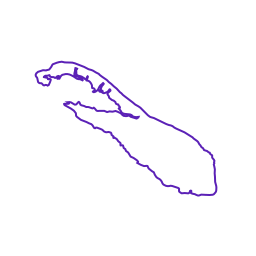 Aniwa, Vanuatu, rotated 293°
{"feature_id": "77236927B97444346691075", "entity_name": "Aniwa", "entity_type": "district", "adm_level": 2, "iso_a3": "VUT", "parent_name": "Vanuatu", "parent_adm1": "", "projection": "mercator", "projection_center": [169.604, -19.244], "detail": "fine", "context": "isolated", "style": "outline", "palette": "violet", "viewbox_px": 256, "rotation_deg": 293, "n_neighbors": 0, "source": "geoboundaries", "source_scale": "gbopen_adm2", "svg_char_len": 4843}
<svg xmlns="http://www.w3.org/2000/svg" viewBox="0 0 256 256"><g transform="rotate(293 128 128)"><path d="M138.8,109.9L137.2,107.7L136.9,107.2L136.1,104.6L134.5,102.5L134.5,99.4L133.0,95.9L131.8,93.3L131.7,92.6L131.8,92.0L132.9,89.9L133.3,88.6L132.3,87.9L132.1,87.2L131.9,83.8L131.7,83.0L131.0,81.4L131.1,78.9L130.7,76.2L130.9,75.1L132.6,73.3L132.8,72.5L132.5,72.2L129.6,71.2L129.2,70.8L128.8,70.0L128.7,69.7L129.3,65.5L129.0,64.0L128.2,62.5L128.1,63.4L127.9,64.0L127.6,64.1L127.2,63.9L126.8,63.3L125.5,60.1L125.2,59.8L124.7,60.1L124.3,60.8L123.6,67.7L122.8,71.4L121.4,74.0L120.8,74.5L119.2,75.3L118.7,75.8L118.2,77.0L117.1,81.5L117.3,87.5L117.1,90.3L117.2,92.8L116.6,94.3L114.9,96.7L114.9,97.7L115.1,98.0L115.9,98.4L116.2,99.3L116.4,103.0L116.3,105.2L115.5,107.1L115.4,108.7L115.6,109.7L116.8,111.8L117.0,114.0L116.6,114.7L115.3,115.5L114.5,118.0L114.1,118.1L113.5,118.2L113.2,118.5L113.3,118.8L113.8,119.6L113.5,121.6L113.3,122.2L112.0,124.2L111.3,126.7L110.9,127.2L109.5,127.6L109.1,128.0L109.9,129.6L109.9,130.3L107.9,131.9L107.5,133.8L106.5,134.7L106.1,135.1L105.5,137.7L102.7,141.6L102.6,144.8L101.8,148.7L101.0,150.4L100.6,150.5L99.5,150.2L99.4,151.0L99.1,154.3L99.2,157.6L100.5,160.1L100.6,160.8L98.8,162.8L97.6,167.0L97.3,169.1L95.5,170.9L94.0,173.1L93.5,174.6L93.3,176.8L93.0,178.0L92.0,179.8L90.4,181.5L89.8,182.7L89.7,183.6L89.6,185.5L90.0,187.3L90.6,188.5L91.5,189.8L91.9,191.4L92.4,197.4L92.3,198.3L91.9,198.8L89.9,199.6L89.3,200.3L88.9,202.4L88.9,203.0L90.3,205.6L91.4,209.0L92.5,209.9L94.3,209.7L94.8,210.1L94.9,210.7L94.0,211.2L92.7,211.7L92.7,212.9L93.2,215.4L93.1,217.2L93.2,218.9L93.7,219.8L95.3,221.5L96.5,224.8L98.2,229.3L99.7,232.1L100.6,232.9L103.0,233.7L103.9,233.8L105.1,233.6L107.8,232.6L109.2,231.8L112.4,229.3L117.1,227.1L120.1,225.5L123.9,224.1L126.0,222.7L128.0,221.2L129.4,221.2L130.0,220.6L131.5,220.4L132.4,219.4L133.4,217.4L133.9,216.9L135.6,216.2L135.8,215.9L135.9,215.1L136.2,213.9L137.2,212.9L137.1,211.8L137.7,209.8L137.4,206.7L138.7,205.0L139.1,203.1L140.4,201.3L140.8,200.2L142.5,198.0L143.0,196.8L144.0,192.4L144.6,191.1L146.1,181.7L146.3,172.6L146.5,170.5L147.1,168.3L147.1,166.4L146.7,164.3L146.6,161.6L147.3,147.9L146.9,144.8L146.9,143.7L147.5,141.3L151.5,131.5L152.0,129.1L152.4,125.5L153.4,122.3L156.0,112.1L156.5,110.3L157.4,108.3L157.8,106.6L159.8,102.2L160.8,98.7L162.1,95.2L162.8,92.4L163.9,89.8L165.1,83.9L165.8,81.2L166.4,79.9L166.6,76.8L167.1,73.5L167.1,71.7L166.7,68.7L167.1,63.8L166.8,53.9L166.4,51.1L163.7,44.2L163.1,41.1L161.7,38.8L160.2,36.9L157.4,34.0L156.8,33.7L154.6,33.5L154.4,33.5L151.6,32.8L150.8,32.4L149.5,30.6L149.0,30.1L148.0,27.2L144.5,23.2L142.4,22.2L141.0,22.2L140.0,22.7L139.4,23.4L138.9,24.5L138.3,25.1L135.3,27.2L134.8,28.2L134.8,29.5L135.3,30.5L135.3,31.3L134.4,33.2L134.4,34.1L135.4,35.2L135.7,36.1L135.8,36.7L135.6,37.4L136.5,38.2L139.5,38.3L142.1,38.1L142.5,37.8L142.6,37.6L142.6,36.5L141.7,35.6L141.7,35.2L142.3,34.8L142.6,34.1L142.0,30.7L142.3,30.6L143.3,31.1L143.9,31.7L144.7,33.5L145.9,34.9L145.8,35.3L145.2,35.8L144.9,36.6L144.9,37.5L145.8,39.7L145.6,41.3L146.0,41.8L148.0,42.7L148.7,43.6L148.8,44.2L148.6,44.4L147.8,44.4L146.0,43.6L145.8,43.8L145.8,44.0L146.3,44.6L146.4,45.4L146.6,45.6L148.7,45.8L150.1,46.1L151.3,46.8L153.2,49.4L154.0,51.3L154.4,53.2L154.4,55.2L154.1,58.2L153.4,61.6L153.6,63.2L154.2,64.9L154.1,67.5L154.5,67.6L154.7,67.3L155.1,66.7L155.6,65.5L155.7,58.6L155.8,57.9L157.4,57.3L159.9,56.9L160.6,56.6L162.6,56.2L162.7,56.5L162.7,58.0L162.1,58.0L160.5,57.7L159.5,58.5L157.6,59.3L156.7,60.6L156.7,61.9L157.1,64.0L157.2,65.3L156.7,68.3L156.3,69.1L156.3,70.0L156.7,70.4L159.3,70.4L159.8,70.6L159.7,70.9L159.4,71.1L155.6,71.3L155.6,71.6L155.9,72.8L155.9,73.7L155.6,74.8L154.9,76.1L153.9,77.4L153.2,78.1L151.1,79.2L150.8,79.5L151.1,80.6L151.1,81.2L150.6,82.2L150.1,82.6L149.4,82.5L147.9,81.5L147.7,81.5L147.5,82.2L147.7,82.7L148.7,83.9L149.9,84.6L150.3,84.9L151.8,85.4L154.9,85.6L156.2,85.9L156.8,86.1L157.9,86.8L159.3,87.3L159.6,87.5L159.3,88.3L158.8,88.4L156.3,87.6L154.1,87.6L153.4,87.7L152.3,88.4L152.2,89.9L152.0,90.3L151.8,90.4L151.0,89.8L150.7,90.0L150.7,90.6L150.5,90.9L150.5,91.9L151.0,92.8L153.1,94.9L154.2,95.4L156.3,95.9L156.4,96.5L155.9,97.1L155.2,97.2L152.6,95.8L151.7,95.7L150.9,96.1L149.7,98.0L148.6,98.7L148.4,99.0L147.5,102.2L147.6,104.1L147.0,106.2L145.7,107.4L145.6,108.4L145.8,109.9L145.0,110.5L144.5,111.8L143.9,112.5L143.3,112.6L142.9,112.0L142.3,111.9L141.1,114.4L139.7,116.3L139.5,117.3L139.6,119.1L141.3,124.6L141.3,126.2L140.6,127.9L140.7,129.5L141.2,131.3L142.4,133.4L141.7,133.4L140.8,132.7L140.2,132.4L140.0,132.0L139.4,126.2L139.6,125.3L140.3,125.0L140.3,124.6L138.6,122.4L138.1,121.4L137.5,119.2L137.8,117.7L138.4,116.7L138.8,114.8L138.9,112.0L138.8,109.9ZM150.5,87.5L150.4,88.3L150.5,88.4L151.2,88.3L151.6,87.8L151.7,87.2L151.3,86.9L150.9,86.9L150.5,87.5Z" fill="none" stroke="#5b21b6" stroke-width="2"/></g></svg>